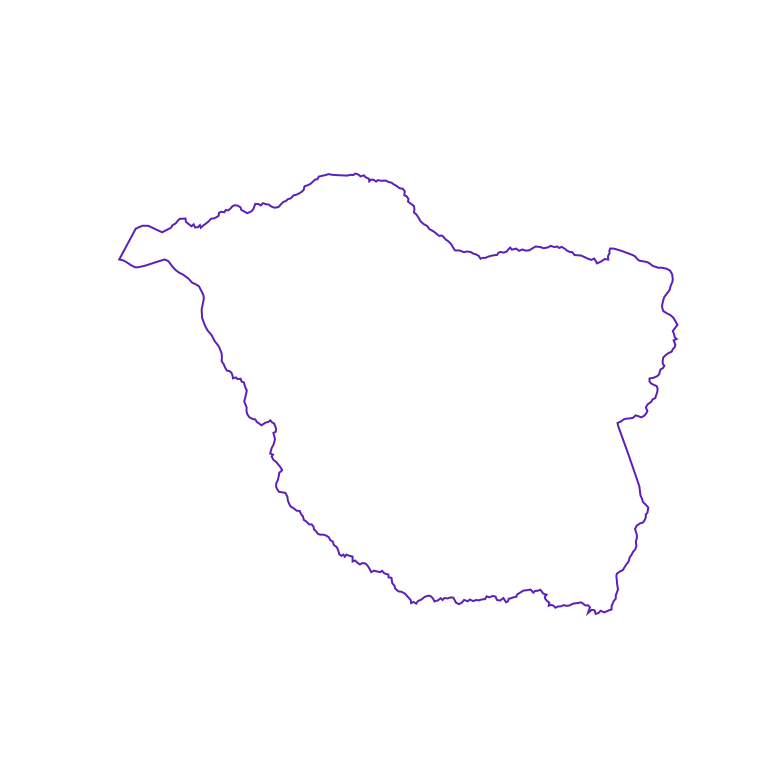 Vera, Mato Grosso, Brazil (orthographic projection), rotated 108°
{"feature_id": "56859067B46133140187933", "entity_name": "Vera", "entity_type": "district", "adm_level": 2, "iso_a3": "BRA", "parent_name": "Brazil", "parent_adm1": "Mato Grosso", "projection": "orthographic", "projection_center": [-55.349, -12.485], "detail": "fine", "context": "isolated", "style": "outline", "palette": "violet", "viewbox_px": 768, "rotation_deg": 108, "n_neighbors": 0, "source": "geoboundaries", "source_scale": "gbopen_adm2", "svg_char_len": 6138}
<svg xmlns="http://www.w3.org/2000/svg" viewBox="0 0 768 768"><g transform="rotate(108 384 384)"><path d="M538.6,141.9L537.3,139.1L534.4,136.3L532.6,132.3L530.7,129.0L532.4,124.0L531.4,121.5L532.7,119.2L538.8,119.2L534.6,116.7L534.1,113.9L537.2,111.6L535.5,109.3L532.8,108.0L533.1,103.9L529.5,99.9L528.2,97.9L524.9,98.9L519.5,98.5L516.6,97.3L513.3,98.2L507.1,98.0L501.7,100.7L498.5,102.0L494.8,103.7L492.4,103.9L489.8,102.0L487.2,99.4L480.4,97.7L478.3,96.8L475.9,96.5L473.1,96.8L469.5,95.7L466.3,95.2L464.1,94.1L460.4,93.8L455.8,95.9L452.6,95.8L449.2,97.0L444.3,100.5L440.5,99.8L437.3,97.3L435.8,94.9L433.2,94.1L430.4,93.7L427.2,94.7L425.1,93.7L419.9,94.4L417.9,97.7L416.2,101.2L412.9,103.6L410.8,105.6L402.3,109.6L377.4,128.3L351.6,148.3L349.0,149.9L346.3,147.0L343.6,145.1L342.3,143.3L341.1,140.4L339.3,136.8L336.1,135.0L336.0,131.6L336.3,129.3L334.0,126.8L330.8,125.5L328.4,125.1L325.4,127.7L322.2,127.1L318.4,124.4L315.6,123.8L313.6,121.7L306.7,121.7L303.8,122.4L301.7,124.1L301.5,126.9L300.9,130.3L299.5,132.3L296.7,133.2L294.8,129.6L292.0,126.5L289.4,125.2L287.2,125.6L284.5,125.4L282.9,123.7L280.0,123.0L278.8,124.9L276.4,126.0L272.5,126.6L269.8,125.2L266.9,123.2L264.3,120.4L261.4,120.1L259.4,118.9L256.7,119.0L253.0,122.0L250.7,119.6L249.9,121.8L247.0,123.5L244.4,125.7L237.0,123.2L231.6,129.2L230.0,132.9L229.2,137.7L228.3,140.9L225.7,142.9L223.5,143.8L217.7,144.4L214.3,144.2L206.3,141.4L201.9,141.7L198.3,141.3L195.4,141.6L190.7,143.8L187.7,147.0L187.0,151.2L187.8,156.7L188.7,159.0L188.6,165.0L187.5,167.9L186.8,170.7L187.0,173.6L187.8,179.3L186.9,181.7L185.0,184.8L184.5,187.7L184.0,199.6L184.2,207.1L185.2,210.7L187.8,210.8L189.8,209.9L193.2,210.5L196.4,209.2L197.0,212.8L199.8,214.9L201.5,216.5L203.5,218.8L201.8,220.3L199.8,222.9L201.9,225.1L201.8,228.9L200.9,236.3L202.5,242.6L200.4,245.6L201.0,247.8L200.7,250.9L199.5,253.9L198.7,257.5L200.5,259.4L199.7,261.9L201.1,264.2L201.2,268.3L203.5,270.4L205.5,274.1L205.5,278.1L206.4,282.3L209.5,285.1L211.8,286.9L213.4,290.5L213.3,294.0L215.6,296.7L214.4,300.2L216.7,303.8L215.3,306.1L217.5,307.3L220.2,308.3L222.1,310.9L222.4,314.1L224.1,315.8L226.4,316.4L227.4,319.0L229.0,321.7L230.7,324.3L232.9,326.8L233.5,329.1L235.0,330.9L232.9,333.5L232.3,336.4L232.4,339.5L231.7,342.1L232.2,345.6L234.0,349.0L233.6,353.2L235.0,357.7L232.7,360.7L230.4,363.1L228.6,366.4L227.5,370.0L225.9,372.5L224.9,374.8L226.1,377.5L223.8,383.2L222.6,388.9L220.4,391.7L219.7,395.6L217.8,399.8L215.4,402.3L212.9,405.4L211.6,408.5L208.2,409.1L205.5,410.5L203.1,417.6L200.4,417.9L198.4,420.7L198.3,423.0L194.3,423.8L192.5,426.5L193.0,429.7L191.7,433.5L191.1,436.5L190.2,439.1L190.5,442.2L189.9,444.9L191.6,449.6L192.1,452.9L193.9,454.1L193.0,457.0L193.7,459.6L195.8,460.6L193.5,461.9L193.1,465.2L191.8,467.6L193.8,470.4L192.7,473.2L192.7,476.2L194.7,477.7L195.7,481.2L197.1,483.2L200.2,494.4L201.0,497.7L201.5,501.5L203.2,504.0L206.9,510.1L209.9,510.6L210.8,512.7L216.0,515.5L218.2,517.5L220.5,520.7L224.3,520.4L226.3,521.5L228.4,523.1L230.6,525.3L232.8,528.5L236.2,530.0L238.0,532.6L240.4,533.9L241.7,535.8L243.6,536.9L248.4,539.1L250.2,542.7L250.0,546.2L249.0,548.9L249.5,552.2L249.5,555.1L252.3,556.4L251.6,559.1L252.5,562.0L255.0,562.2L257.5,562.2L260.6,563.3L263.8,566.8L262.5,573.5L260.3,575.1L259.6,578.3L259.9,580.7L261.5,583.0L264.5,584.2L267.0,585.8L267.5,588.3L270.0,588.9L270.4,591.8L272.2,593.9L275.0,593.2L277.0,594.7L278.9,596.7L280.3,599.6L283.4,601.0L286.7,603.1L289.3,605.1L292.0,606.6L289.8,608.2L292.4,609.5L293.5,612.1L291.0,614.4L293.5,615.8L291.0,622.5L288.0,623.9L290.1,629.4L293.0,630.8L295.5,631.7L298.7,634.4L301.0,634.7L308.3,641.9L306.4,657.1L308.1,662.6L312.9,668.1L347.4,674.3L347.0,670.6L347.4,667.7L349.2,661.3L349.9,656.8L348.9,653.8L345.3,647.8L336.7,635.9L333.3,630.9L333.8,627.1L337.9,621.2L340.1,617.2L341.4,613.2L342.1,608.8L344.1,602.7L346.9,597.9L347.5,593.0L348.3,590.1L354.8,583.6L358.0,581.8L369.6,580.4L377.4,577.4L384.5,571.7L387.7,568.2L390.7,563.2L395.6,558.2L398.8,553.4L400.4,551.7L405.2,547.8L408.2,546.6L412.5,545.4L414.9,542.4L417.3,540.4L419.8,537.6L419.5,535.0L420.3,532.7L423.0,530.5L425.3,529.4L423.5,526.9L424.6,524.8L423.3,522.0L425.7,520.2L425.8,517.7L429.1,515.6L432.6,512.5L436.0,512.1L443.9,511.5L448.6,507.5L452.2,506.4L455.1,504.6L457.3,501.6L457.9,498.0L457.5,495.4L459.4,493.2L461.1,487.7L457.5,484.9L455.8,482.3L453.7,480.8L455.1,478.7L455.4,476.5L457.8,474.4L460.1,472.7L462.9,472.2L464.6,474.1L470.0,470.7L473.1,470.4L476.0,470.4L480.1,471.1L485.4,470.7L485.5,467.8L487.7,468.4L490.3,465.8L491.3,462.7L495.3,456.5L497.5,454.2L500.8,456.2L504.4,455.6L507.8,455.3L511.6,455.8L515.2,454.8L517.1,453.0L519.0,450.5L518.0,444.2L521.0,441.1L524.6,439.4L527.1,437.3L529.3,435.0L530.3,430.9L531.5,428.0L530.8,424.9L533.4,422.7L535.0,420.1L538.0,418.3L538.8,415.4L540.6,412.0L539.9,409.4L541.5,406.9L544.0,405.6L544.9,403.4L547.1,400.3L546.9,397.8L545.9,394.8L546.2,391.2L546.9,389.1L549.1,386.8L549.7,384.0L552.6,382.0L553.8,378.4L557.1,375.6L559.8,373.9L560.6,371.5L558.8,370.0L560.4,367.9L557.9,367.1L558.1,364.2L557.8,360.6L562.5,359.0L560.8,357.0L562.3,353.7L563.1,351.1L561.1,349.4L560.4,346.1L562.2,343.0L564.6,340.2L566.9,338.0L564.7,336.0L564.1,329.5L562.3,328.1L564.0,325.1L563.9,321.0L566.5,319.9L566.0,317.0L568.6,315.8L571.1,314.4L572.5,311.8L575.1,310.2L576.8,306.3L576.2,303.3L576.8,299.5L581.2,291.9L584.0,290.5L582.2,288.6L582.9,285.5L579.8,284.6L577.9,282.2L573.6,279.3L571.4,276.0L571.5,273.5L573.2,270.7L575.2,268.8L573.0,265.7L570.2,263.9L571.3,261.6L568.9,260.4L568.3,257.3L566.2,254.4L565.8,252.0L569.7,248.0L570.2,244.6L567.7,242.3L564.6,241.1L564.8,237.2L562.5,235.8L562.9,232.1L560.9,229.5L560.5,227.0L558.8,224.6L557.3,221.4L554.3,220.8L554.4,218.1L552.0,215.0L551.7,212.3L554.4,209.9L554.2,206.8L550.7,204.3L553.9,200.4L552.2,198.9L549.7,199.0L548.3,196.7L546.6,194.6L545.6,192.5L542.7,192.2L541.1,190.7L537.4,187.6L535.7,183.8L534.2,181.1L536.3,177.5L534.1,176.4L533.2,174.0L531.4,171.7L534.1,167.8L534.2,164.3L536.6,165.4L538.6,164.1L540.1,161.6L540.9,159.2L544.0,158.8L542.4,156.7L542.5,154.2L543.8,151.9L541.8,149.7L540.8,147.1L538.8,144.8L538.6,141.9Z" fill="none" stroke="#5b21b6" stroke-width="2"/></g></svg>